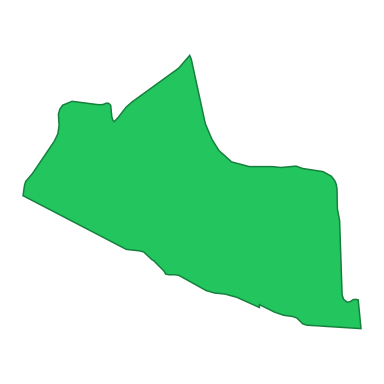 an SVG outline of Yogyakarta
{"feature_id": "IDN-540", "entity_name": "Yogyakarta", "entity_type": "Special region", "adm_level": 1, "iso_a3": "IDN", "parent_name": "Indonesia", "parent_adm1": "", "projection": "albers", "projection_center": [110.472, -7.88], "detail": "fine", "context": "isolated", "style": "filled", "palette": "green", "viewbox_px": 384, "rotation_deg": 0, "n_neighbors": 0, "source": "natural_earth", "source_scale": "10m", "svg_char_len": 1005}
<svg xmlns="http://www.w3.org/2000/svg" viewBox="0 0 384 384"><path d="M361.0,328.6L306.9,325.2L302.8,323.9L296.7,317.9L292.6,316.5L283.8,315.3L274.9,312.3L259.4,304.6L259.4,307.5L236.8,297.3L225.0,294.1L214.5,293.0L206.2,290.6L178.5,275.2L174.1,274.7L169.4,274.8L165.6,274.1L164.0,271.1L153.7,260.7L151.7,259.5L143.6,251.9L139.7,250.9L126.3,249.4L23.0,195.7L24.5,185.4L25.7,181.4L32.4,173.6L54.2,141.4L57.8,133.9L59.1,125.5L58.4,114.3L59.8,109.3L62.6,105.2L72.1,101.3L97.6,104.6L101.3,104.7L104.0,104.2L106.4,103.1L108.8,103.4L110.7,105.4L111.8,116.7L112.9,120.3L114.2,121.6L117.7,118.0L126.1,107.2L132.1,101.9L178.6,68.2L189.7,55.4L191.3,59.2L205.3,123.7L212.0,139.4L218.9,150.5L231.6,161.9L249.3,166.6L272.3,166.6L280.9,167.5L296.0,166.1L302.7,168.5L323.0,171.6L331.3,176.2L334.8,180.8L336.3,184.5L337.0,189.1L337.4,209.0L339.6,220.4L342.1,294.8L343.6,299.3L347.2,302.2L350.2,301.7L353.1,299.6L355.8,299.4L358.2,299.8L361.0,328.5L361.0,328.6Z" fill="#22c55e" stroke="#15803d" stroke-width="1.5"/></svg>